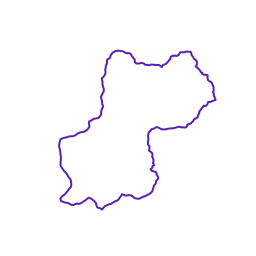 Serthig, Samdrup Jongkhar, Bhutan, rotated 125°
{"feature_id": "84629894B58083807854661", "entity_name": "Serthig", "entity_type": "district", "adm_level": 2, "iso_a3": "BTN", "parent_name": "Bhutan", "parent_adm1": "Samdrup Jongkhar", "projection": "robinson", "projection_center": [91.922, 27.007], "detail": "fine", "context": "isolated", "style": "outline", "palette": "violet", "viewbox_px": 256, "rotation_deg": 125, "n_neighbors": 0, "source": "geoboundaries", "source_scale": "gbopen_adm2", "svg_char_len": 5697}
<svg xmlns="http://www.w3.org/2000/svg" viewBox="0 0 256 256"><g transform="rotate(125 128 128)"><path d="M224.8,142.9L225.4,141.9L226.2,140.9L225.8,139.0L225.2,137.1L224.5,135.5L224.2,134.7L223.8,133.8L223.7,132.8L223.6,130.6L222.3,128.4L221.3,127.9L220.7,127.5L219.7,126.7L218.9,126.2L218.6,124.9L217.2,123.7L215.2,122.9L213.6,122.3L211.8,121.4L210.0,121.0L207.7,120.2L207.4,119.7L207.3,118.7L207.1,118.2L207.0,116.0L207.3,113.7L208.1,110.8L209.2,109.7L210.3,108.3L210.6,107.5L210.5,106.6L209.9,105.7L209.7,104.8L209.7,102.6L205.2,102.1L203.0,100.7L202.0,100.3L199.8,98.4L196.7,97.1L193.6,95.3L192.7,94.9L191.8,94.8L189.0,94.8L187.2,94.7L185.7,94.8L185.3,94.0L185.2,93.2L184.9,91.4L182.5,88.8L181.9,87.5L181.3,86.7L181.6,83.0L181.3,81.5L180.7,80.0L180.2,79.3L179.8,78.5L177.6,77.2L175.5,76.2L174.0,74.8L172.0,73.9L170.3,73.0L169.0,72.4L166.9,71.9L165.2,71.9L163.6,72.6L160.3,73.7L158.2,73.4L156.4,74.0L155.4,74.4L155.2,74.6L154.8,74.7L154.2,74.4L153.7,74.3L151.9,74.3L151.6,74.5L150.4,76.2L149.8,77.8L149.5,78.0L148.7,78.8L148.3,79.3L148.2,79.7L148.3,80.4L148.5,80.8L148.6,81.4L148.7,81.7L148.9,82.4L149.4,84.0L149.2,84.7L149.0,85.2L148.9,85.7L148.3,85.7L147.2,85.4L146.4,85.4L145.8,85.8L145.2,86.1L144.8,86.0L144.4,85.8L144.1,85.5L143.7,85.3L143.4,85.3L143.1,85.6L142.4,87.4L142.1,87.6L141.2,87.7L140.7,87.9L140.3,88.4L140.0,88.5L139.5,88.8L139.0,89.3L138.6,90.1L138.2,90.5L137.9,91.1L137.8,91.4L137.5,91.7L137.0,92.1L136.1,92.5L135.3,93.1L134.6,94.3L134.5,94.8L134.5,95.3L134.5,96.0L134.5,97.6L134.1,98.0L133.0,98.5L131.4,99.4L131.1,99.6L130.5,100.6L130.1,101.8L129.7,102.4L128.9,102.9L128.0,103.8L126.9,104.2L126.2,104.4L125.4,104.9L124.3,105.9L123.1,106.9L121.7,107.7L120.2,108.2L119.0,108.4L118.4,108.4L117.0,107.9L115.4,108.0L114.5,107.2L113.3,106.2L112.6,106.0L111.6,105.5L110.8,105.0L110.2,103.0L109.9,100.5L109.6,99.4L109.0,98.4L108.4,97.5L107.6,96.5L106.0,95.1L104.5,93.6L101.9,90.4L101.1,89.8L100.1,88.9L99.3,88.4L98.6,87.7L97.8,87.1L97.6,86.4L97.2,85.8L96.9,85.2L96.9,84.6L96.7,84.2L96.4,84.1L96.0,83.7L95.7,83.1L95.3,82.2L94.8,81.5L94.4,81.0L93.4,80.7L92.4,80.7L91.4,81.2L90.8,81.1L89.8,80.2L89.4,79.8L89.0,79.7L87.9,79.1L87.1,79.2L86.5,78.9L85.3,78.6L84.5,78.6L83.5,78.9L82.5,78.7L81.8,78.1L80.8,77.9L79.5,77.0L77.5,77.8L75.6,78.1L74.5,78.4L73.6,79.1L73.3,79.1L73.0,79.0L72.1,78.9L70.9,78.8L70.3,78.9L68.6,78.9L68.1,78.8L66.9,78.7L66.5,78.8L66.3,78.8L66.1,77.8L65.9,77.4L65.3,77.0L64.5,76.7L62.2,76.7L61.5,77.1L61.0,77.3L60.8,77.2L60.2,76.6L59.8,75.9L59.0,75.1L58.4,74.8L57.7,74.7L57.0,74.2L56.5,73.6L55.8,73.1L54.9,72.5L54.4,72.7L54.2,73.4L53.8,73.9L52.6,75.2L52.6,75.9L52.4,76.3L51.9,76.6L51.1,77.0L50.5,77.7L50.1,78.4L50.0,78.9L48.9,79.0L48.5,79.2L47.7,79.7L46.6,80.5L45.9,81.0L45.2,81.7L44.9,82.2L44.6,82.6L44.3,83.4L43.4,84.5L43.1,85.1L42.7,85.9L42.8,86.8L43.0,87.9L43.0,88.5L42.8,89.5L42.8,90.0L42.1,90.7L41.6,91.4L41.3,91.8L40.9,92.1L40.3,92.3L39.4,92.8L39.1,93.2L39.5,93.8L39.9,94.9L40.4,95.8L40.9,96.5L41.0,97.2L41.1,98.3L40.3,98.7L40.3,99.3L40.5,99.8L40.4,100.6L40.0,101.1L39.6,102.0L39.4,103.0L39.2,103.9L38.8,105.4L38.7,106.0L38.7,107.8L37.4,107.9L36.3,108.1L35.5,108.7L34.7,109.2L34.1,109.6L33.7,110.3L33.6,111.3L33.3,112.3L33.4,114.1L32.4,115.3L31.8,117.7L31.2,118.3L30.6,118.8L30.1,119.4L29.8,120.3L30.1,121.1L30.8,122.1L31.4,123.4L32.2,124.3L33.0,124.7L33.8,125.4L34.6,126.6L35.0,127.2L35.0,127.5L35.5,128.1L36.2,128.6L37.0,128.5L38.1,128.6L38.9,128.4L41.0,129.4L41.2,129.7L41.6,130.4L41.8,131.3L42.2,131.7L42.7,131.9L43.0,132.6L44.5,133.6L45.2,133.7L45.9,133.5L46.3,133.5L46.9,133.1L47.8,132.8L48.2,133.0L48.7,133.2L49.6,133.3L50.4,133.2L51.5,133.5L52.2,133.4L53.5,133.7L54.0,133.9L54.9,134.4L55.8,135.1L56.4,135.4L57.8,135.4L58.4,135.3L58.7,135.7L58.6,137.3L58.6,138.6L59.0,139.5L59.5,140.0L60.2,141.0L60.5,141.4L60.8,142.1L61.4,142.9L62.2,144.7L62.6,145.2L63.1,145.7L63.8,146.1L64.3,146.5L64.9,147.5L64.9,148.1L65.6,148.8L65.8,149.1L66.3,150.3L66.1,151.4L66.2,152.4L66.7,153.6L66.9,154.1L67.8,155.0L68.2,155.6L68.7,155.8L69.0,156.1L70.0,157.7L70.3,158.0L70.4,158.4L70.2,158.9L70.2,159.9L70.2,160.3L69.8,160.6L68.9,161.0L68.3,161.6L67.9,162.2L67.9,162.9L67.5,163.8L67.2,164.7L67.0,165.7L66.7,166.4L66.3,166.8L66.2,167.4L66.0,167.9L65.9,169.6L66.1,170.2L66.9,171.3L67.3,171.6L67.5,172.2L67.8,172.8L67.9,173.4L67.9,175.5L68.3,176.2L69.1,178.4L69.8,179.4L70.3,180.2L70.8,181.1L71.7,182.0L72.5,182.5L73.6,182.9L74.7,183.7L75.2,183.8L76.4,183.8L77.4,183.8L77.9,184.0L78.6,183.8L79.8,183.3L81.1,183.0L82.1,183.4L83.2,184.0L83.8,184.1L84.4,184.1L85.4,183.5L85.7,183.0L87.4,182.3L88.3,182.1L89.4,181.9L92.1,180.6L93.2,180.1L95.7,178.0L96.8,177.7L98.2,177.5L99.8,177.4L100.9,177.5L101.6,177.8L102.3,177.9L102.7,177.6L103.5,176.9L104.3,175.9L107.3,173.5L108.7,171.8L109.8,170.3L111.2,169.4L112.4,168.7L114.3,168.7L116.3,168.3L117.8,168.1L118.2,167.8L120.0,165.8L121.1,164.4L122.3,163.5L123.2,163.0L123.4,162.5L124.0,161.6L125.1,160.6L125.7,160.4L126.7,160.4L127.7,160.3L128.7,159.9L129.8,159.3L130.8,159.0L131.6,158.2L132.3,157.8L133.3,157.7L136.0,157.8L136.8,158.0L137.2,158.2L137.9,159.3L138.7,159.9L139.3,160.6L140.0,161.2L143.2,162.6L144.2,163.2L144.9,163.5L145.4,163.4L146.4,162.6L147.3,162.0L148.0,161.3L148.8,160.5L149.5,160.3L151.7,160.3L152.8,160.5L153.6,160.8L154.6,161.0L156.5,162.1L158.2,163.9L160.6,165.7L162.1,166.3L164.0,166.9L166.4,168.4L167.7,170.3L169.2,171.8L170.4,172.7L171.1,173.2L172.6,174.6L174.7,176.2L175.7,176.7L177.2,176.4L179.0,175.8L180.8,175.0L182.4,174.1L186.0,170.1L188.8,167.8L190.8,165.8L194.0,164.0L197.3,161.9L198.6,159.2L200.0,155.3L200.2,153.1L201.5,150.1L202.4,148.4L203.1,145.5L204.8,143.8L206.9,141.9L209.0,141.0L212.5,141.3L215.1,141.3L218.9,141.8L221.6,142.8L224.8,142.9Z" fill="none" stroke="#5b21b6" stroke-width="2"/></g></svg>